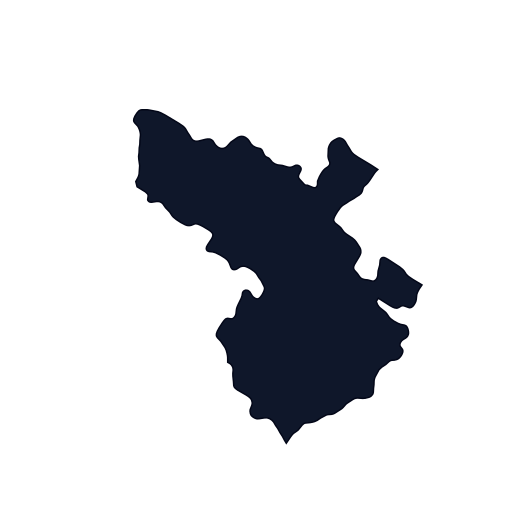 the district of Villa Rivas, Duarte, Dominican Republic, rotated 211°
{"feature_id": "3306468B95722442714869", "entity_name": "Villa Rivas", "entity_type": "district", "adm_level": 2, "iso_a3": "DOM", "parent_name": "Dominican Republic", "parent_adm1": "Duarte", "projection": "albers", "projection_center": [-69.879, 19.149], "detail": "fine", "context": "isolated", "style": "filled", "palette": "ink", "viewbox_px": 512, "rotation_deg": 211, "n_neighbors": 0, "source": "geoboundaries", "source_scale": "gbopen_adm2", "svg_char_len": 6103}
<svg xmlns="http://www.w3.org/2000/svg" viewBox="0 0 512 512"><g transform="rotate(211 256 256)"><path d="M225.5,150.3L223.0,150.4L221.3,150.1L219.8,149.4L218.4,148.5L216.9,146.6L215.4,143.5L213.9,141.1L210.6,136.7L208.3,133.4L207.0,132.4L205.4,131.9L202.7,131.6L193.0,131.8L190.1,131.7L187.4,131.2L185.8,130.4L184.0,128.7L183.1,127.3L182.6,125.6L181.9,121.4L181.2,119.9L179.6,118.0L178.2,117.0L177.4,116.7L175.6,116.4L173.9,116.4L172.1,116.7L171.3,117.0L169.7,118.0L165.5,121.5L163.2,123.0L160.6,123.6L157.9,123.5L155.4,122.8L151.8,120.8L148.6,119.4L144.3,116.9L140.4,115.0L136.8,112.8L133.6,111.1L133.2,118.9L132.9,121.6L132.5,123.3L130.8,127.1L130.2,128.7L129.4,134.7L128.7,137.0L127.7,138.2L123.8,141.1L121.8,142.9L120.5,144.3L118.9,146.6L117.1,150.5L113.8,156.0L112.8,157.0L109.7,159.2L108.5,160.4L107.6,161.7L103.9,169.2L103.4,170.9L102.6,175.3L102.0,176.9L99.1,182.9L98.2,184.4L97.1,185.6L95.8,186.6L91.2,188.9L89.0,190.5L86.4,193.1L85.4,194.6L85.1,195.5L84.8,197.2L84.8,198.1L85.3,199.7L87.2,203.3L88.6,206.4L90.6,210.0L91.2,211.7L91.6,213.5L91.7,215.3L92.0,221.8L91.0,225.4L88.9,229.8L87.7,233.8L87.1,235.2L86.1,236.4L83.7,238.1L82.0,239.8L81.1,241.2L80.8,242.0L80.4,243.7L80.2,245.5L80.3,247.2L80.6,248.9L81.2,250.3L82.3,251.4L86.0,252.9L87.0,254.0L87.5,255.4L87.6,257.0L87.4,258.7L86.8,260.2L85.4,262.9L84.9,264.5L84.8,265.4L85.0,267.1L85.3,268.0L86.2,269.5L87.4,270.9L88.7,272.1L90.2,273.0L90.9,273.3L91.8,273.4L93.2,273.2L96.8,271.9L99.6,271.4L104.5,271.2L108.4,271.6L110.3,272.1L114.0,273.8L115.6,274.4L117.3,274.7L122.7,275.4L124.4,275.8L126.8,276.9L129.5,279.0L129.4,282.8L115.8,282.5L112.6,282.6L110.6,282.9L108.8,283.6L108.1,284.1L107.1,285.4L105.7,288.0L104.5,289.1L102.9,289.6L98.5,290.5L97.6,290.8L96.9,291.4L96.4,292.0L95.7,293.5L95.4,295.4L95.4,297.3L95.6,299.3L96.2,301.2L98.3,305.6L98.8,307.6L99.0,309.6L99.1,311.8L98.8,316.7L109.6,316.7L114.8,317.0L117.8,317.7L121.3,319.4L123.2,320.0L127.2,320.6L140.9,321.1L143.7,321.0L145.4,320.7L146.2,320.3L146.9,319.7L147.3,319.0L147.5,318.3L147.5,316.7L147.2,315.9L145.3,312.0L143.6,306.0L141.4,301.7L141.2,300.8L140.9,299.2L141.0,297.5L141.6,296.0L142.0,295.3L143.3,294.4L147.8,293.1L150.6,291.8L153.1,291.1L154.9,291.1L156.5,291.6L160.1,293.2L164.6,294.6L165.9,295.6L166.4,296.3L167.0,297.9L167.2,299.6L167.2,308.3L167.3,310.2L167.6,312.0L167.9,312.9L168.8,314.4L169.9,315.7L171.3,316.7L177.2,319.6L179.7,320.5L182.6,321.0L189.5,321.3L192.4,321.7L194.1,322.3L197.8,323.9L199.7,324.3L205.1,325.0L206.7,325.7L207.5,326.2L208.4,327.6L208.9,330.2L209.0,333.0L209.0,335.9L208.6,340.8L208.2,342.7L207.6,344.4L205.7,348.1L204.3,351.2L201.8,355.6L200.4,358.7L198.9,361.6L198.2,363.9L198.2,365.6L198.5,367.1L199.1,369.1L199.3,370.4L199.1,371.8L198.2,374.6L197.8,376.4L197.5,379.2L197.1,388.2L196.8,390.2L196.1,392.9L204.3,393.2L219.5,393.2L224.4,393.5L226.3,393.9L228.0,394.5L231.7,396.5L234.8,398.0L238.3,400.0L239.9,400.6L241.6,400.9L243.3,400.8L244.9,400.4L245.6,400.0L246.7,398.8L248.7,395.5L249.7,393.3L250.1,391.5L250.1,388.8L249.8,387.0L249.3,385.3L245.7,378.7L244.7,377.4L243.6,376.3L240.8,374.1L240.4,373.5L239.9,372.1L240.0,370.6L240.4,369.3L241.7,366.5L242.2,364.7L242.5,362.8L242.6,359.8L242.5,356.7L241.8,351.9L240.4,349.5L239.8,348.2L239.7,346.7L239.9,345.9L240.3,345.2L240.9,344.7L242.3,344.1L248.3,343.2L249.9,342.3L251.1,342.2L258.3,344.3L259.7,345.0L260.3,345.5L261.0,346.9L261.3,348.4L261.6,352.3L262.1,353.8L262.6,354.4L263.2,354.9L264.6,355.4L265.4,355.5L266.9,355.3L268.2,354.6L268.8,354.1L270.8,351.1L271.9,350.0L273.3,349.1L274.9,348.5L280.0,347.2L284.5,345.2L287.1,344.7L288.9,344.7L290.6,344.9L294.2,346.2L295.5,346.5L298.6,346.2L300.0,346.5L301.4,347.2L304.7,349.5L306.1,350.2L307.6,350.3L311.0,349.2L312.6,348.9L315.2,348.8L317.8,349.4L321.4,351.2L323.0,351.8L324.8,352.1L326.5,352.2L328.3,351.9L329.9,351.2L331.2,350.2L332.3,348.9L332.8,348.2L336.2,340.6L337.2,335.4L337.7,333.8L338.6,332.3L339.7,331.2L341.2,330.3L342.0,330.0L343.8,329.7L345.5,329.8L348.1,330.4L352.3,332.5L354.0,332.7L355.7,332.5L356.5,332.1L358.1,331.1L359.5,329.9L364.3,325.1L365.8,323.9L367.4,323.1L369.1,322.8L370.0,322.9L371.6,323.3L375.1,325.2L378.3,326.7L381.9,328.7L383.5,329.3L385.4,329.7L390.4,330.0L406.4,330.0L411.4,329.7L414.3,329.2L422.8,326.1L424.4,325.4L429.1,322.6L430.3,321.6L431.2,320.0L431.7,317.3L431.8,313.5L431.4,310.8L430.7,309.2L430.2,308.6L429.5,308.1L428.1,307.5L424.2,306.4L422.7,305.5L421.2,304.4L419.8,303.2L418.5,301.8L417.4,300.3L415.1,295.5L413.1,291.9L411.8,288.6L409.4,284.2L408.0,281.0L406.4,278.7L402.3,273.6L398.4,266.0L397.9,264.3L397.6,262.5L397.4,257.9L393.6,254.1L383.8,254.0L381.2,253.4L380.4,253.1L379.4,252.0L377.9,248.5L377.4,248.0L376.1,247.5L374.6,247.6L373.2,248.3L369.3,251.5L367.8,252.4L366.2,253.0L364.5,253.1L362.8,252.8L358.4,250.8L352.5,249.2L348.8,247.4L347.0,246.8L343.0,246.2L337.8,246.0L332.7,246.3L330.8,246.7L329.9,247.1L328.5,247.9L327.3,249.0L325.1,251.9L324.6,252.4L323.8,252.8L322.2,253.4L319.4,253.8L316.4,254.0L310.3,254.0L307.5,253.8L305.7,253.3L304.9,252.9L304.2,252.4L303.7,251.6L303.3,250.8L303.1,249.9L302.9,248.0L303.2,241.1L303.1,238.4L302.5,236.8L301.9,236.1L301.3,235.7L300.5,235.4L299.8,235.4L298.4,235.7L295.1,237.3L292.3,238.0L287.1,238.4L281.9,238.3L278.9,237.9L277.0,237.2L275.4,236.3L271.4,233.2L270.0,232.6L269.2,232.5L267.8,232.9L266.7,233.8L265.8,234.9L264.1,238.4L263.1,239.6L261.9,240.6L260.3,241.4L259.3,241.7L257.4,242.0L254.5,242.2L249.6,241.9L246.7,241.2L242.3,238.9L239.0,237.6L233.0,233.8L231.9,232.5L231.3,230.8L231.0,229.0L230.8,226.1L231.0,223.4L231.4,221.7L231.8,220.9L232.4,220.2L233.1,219.7L234.7,219.3L237.1,219.4L238.7,219.9L242.7,222.0L244.3,222.3L245.1,222.3L245.9,222.1L247.3,221.4L248.2,220.3L248.5,219.6L248.7,218.9L248.6,217.5L247.5,214.9L246.9,212.2L246.3,205.3L245.9,202.4L245.4,200.5L243.4,196.1L243.0,194.5L243.0,192.8L243.3,191.3L244.0,190.0L245.2,189.2L248.2,188.0L249.3,186.9L249.7,186.1L250.1,184.4L250.4,181.5L250.6,175.4L250.4,171.5L249.8,168.8L248.9,167.3L248.3,166.8L246.9,166.1L242.3,164.8L235.4,161.6L233.1,160.0L231.0,158.0L229.1,155.9L228.0,154.4L225.5,150.3Z" fill="#0f172a" stroke="#020617" stroke-width="1.5"/></g></svg>